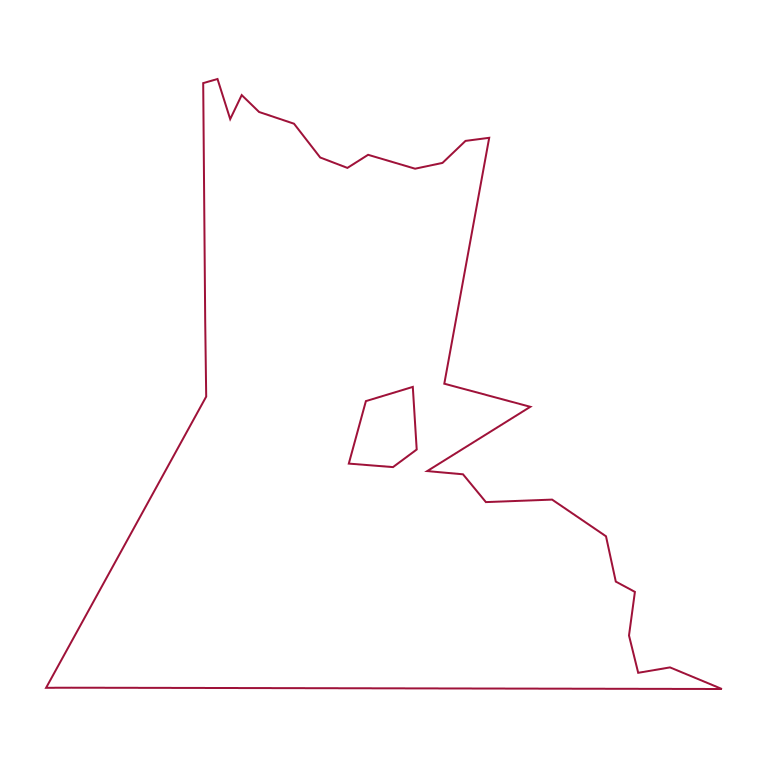 outline of Greensville, Virginia, United States of America
{"feature_id": "52423323B40358920448273", "entity_name": "Greensville", "entity_type": "district", "adm_level": 2, "iso_a3": "USA", "parent_name": "United States of America", "parent_adm1": "Virginia", "projection": "robinson", "projection_center": [-77.525, 36.721], "detail": "fine", "context": "isolated", "style": "outline", "palette": "rose", "viewbox_px": 768, "rotation_deg": 0, "n_neighbors": 0, "source": "geoboundaries", "source_scale": "gbopen_adm2", "svg_char_len": 566}
<svg xmlns="http://www.w3.org/2000/svg" viewBox="0 0 768 768"><path d="M46.1,687.8L71.1,687.7L721.9,689.0L670.0,667.4L638.2,672.8L629.0,635.5L634.9,591.9L615.8,581.6L606.0,536.3L552.1,499.6L485.9,502.1L463.0,474.3L427.2,471.1L530.3,406.8L444.3,383.7L489.2,137.8L465.5,140.9L442.5,162.9L415.1,168.7L368.1,154.8L347.4,167.9L320.2,157.5L294.0,123.7L259.1,112.0L241.7,95.1L230.2,119.1L217.5,79.0L203.2,83.1L205.2,320.8L206.2,396.6L46.1,687.8ZM365.9,401.1L412.8,386.9L416.7,449.5L393.0,467.1L348.8,463.6L365.9,401.1Z" fill="none" stroke="#9f1239" stroke-width="2"/></svg>